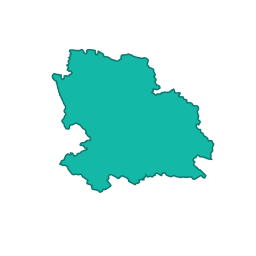 SVG path tracing the border of Gorno-Altay, rotated 206°
{"feature_id": "RUS-2400", "entity_name": "Gorno-Altay", "entity_type": "Republic", "adm_level": 1, "iso_a3": "RUS", "parent_name": "Russia", "parent_adm1": "", "projection": "equal_earth", "projection_center": [87.215, 50.869], "detail": "fine", "context": "isolated", "style": "filled", "palette": "teal", "viewbox_px": 256, "rotation_deg": 206, "n_neighbors": 0, "source": "natural_earth", "source_scale": "10m", "svg_char_len": 5852}
<svg xmlns="http://www.w3.org/2000/svg" viewBox="0 0 256 256"><g transform="rotate(206 128 128)"><path d="M155.3,194.8L152.1,195.1L146.1,196.7L145.5,196.6L145.3,196.7L144.9,197.6L144.6,198.0L143.4,198.5L142.2,198.6L139.8,198.1L139.3,196.9L138.7,194.1L138.2,193.2L135.6,191.9L134.7,191.8L132.0,192.0L131.2,191.9L130.4,191.5L130.2,191.1L130.0,190.2L126.9,187.9L126.7,187.4L127.0,186.6L127.5,186.2L127.5,185.8L124.3,184.1L123.8,183.4L123.8,182.5L124.1,181.1L121.3,179.4L120.6,179.3L118.5,179.5L117.7,179.1L117.1,178.5L116.9,177.9L117.0,177.4L117.5,176.6L118.6,175.3L119.3,174.9L121.4,174.6L122.6,173.6L121.5,172.5L121.5,172.1L122.1,170.7L122.1,170.3L121.8,170.1L119.8,170.3L118.5,169.7L117.5,169.6L117.0,170.2L116.7,171.1L116.1,171.7L115.4,171.7L114.6,172.4L113.2,173.1L113.5,174.0L113.2,174.6L112.7,174.8L110.6,176.4L108.7,177.0L106.9,178.1L105.0,181.6L103.9,182.9L102.6,181.7L101.8,180.6L100.5,180.4L99.2,180.8L97.7,182.1L97.1,182.3L96.6,182.2L96.2,181.7L96.5,179.0L94.6,178.9L92.3,180.0L91.9,179.8L91.0,178.8L90.4,178.5L89.7,178.5L88.1,179.0L87.6,178.8L87.1,178.3L86.7,177.2L86.3,176.8L85.7,176.7L83.7,177.9L81.9,178.1L81.1,177.9L79.8,177.1L79.1,176.8L77.7,177.1L76.5,177.8L75.3,178.2L74.0,177.6L73.1,176.4L72.9,173.2L72.2,172.1L70.2,170.2L69.7,169.5L69.4,167.5L68.9,166.5L68.2,166.1L66.4,165.7L65.8,165.2L65.7,164.2L65.8,161.9L67.5,161.6L68.0,161.3L68.1,160.7L66.5,158.5L64.5,157.7L63.8,157.7L62.3,158.3L61.9,158.1L61.1,156.6L60.8,156.2L60.3,156.0L58.6,156.1L57.7,155.5L56.2,154.2L53.9,154.1L52.9,153.9L51.9,153.4L51.0,152.5L50.0,151.8L47.7,153.1L46.5,153.0L45.7,151.9L44.0,151.2L43.7,150.5L43.8,147.8L43.1,146.5L42.3,145.4L41.9,144.1L42.6,142.0L42.5,141.3L42.3,140.6L41.2,139.6L40.7,137.7L39.7,136.6L39.3,136.4L39.9,136.1L42.3,135.4L47.8,134.9L50.8,133.7L52.1,134.2L53.4,134.2L54.0,133.4L54.1,131.6L54.2,131.2L55.4,129.7L55.6,129.0L55.6,128.2L55.3,127.6L55.0,127.3L53.2,126.9L53.1,126.5L53.3,125.3L53.3,124.6L53.0,124.0L52.5,123.6L51.4,123.1L47.8,122.4L46.2,121.6L44.7,121.9L37.5,119.5L37.2,119.2L37.1,117.1L37.4,116.6L39.1,116.5L39.8,116.7L40.8,117.5L41.4,117.3L42.3,116.4L45.7,111.0L47.6,110.7L48.8,111.6L49.3,111.6L52.2,110.7L52.6,110.3L52.8,109.7L57.5,107.9L59.3,106.4L61.3,106.1L63.9,105.4L65.7,105.5L66.1,105.2L67.8,103.3L68.3,102.9L70.6,102.6L72.8,102.6L73.8,103.0L74.5,103.6L75.2,103.7L77.1,102.5L77.3,102.2L77.5,101.3L76.9,100.5L77.2,99.9L77.8,99.8L81.3,100.2L82.7,99.8L83.4,98.7L83.0,97.8L83.0,97.4L84.0,96.5L84.7,94.7L86.8,94.3L87.9,93.5L88.9,92.6L89.3,92.7L90.2,93.3L91.2,93.6L90.9,93.1L91.0,91.7L91.7,90.6L91.5,90.1L92.3,89.4L92.5,89.0L91.1,88.5L91.6,88.0L93.1,87.5L95.3,86.2L94.0,84.2L94.1,83.8L94.6,83.1L96.3,81.7L96.6,81.1L96.7,80.3L97.3,80.2L103.7,80.4L104.2,80.5L104.3,81.3L104.6,81.6L105.9,82.3L107.2,82.6L110.4,82.7L112.2,82.4L113.0,81.9L113.4,80.5L114.2,79.7L114.0,78.9L114.4,78.5L115.8,78.4L118.8,78.8L120.9,78.7L122.3,78.9L122.9,78.7L124.1,77.5L124.3,77.0L124.3,75.5L123.4,74.7L123.1,74.1L123.2,73.6L124.0,72.5L124.0,72.0L119.9,69.8L118.7,69.3L118.1,68.7L118.1,68.2L121.0,63.3L121.6,62.6L122.9,62.2L123.5,61.7L123.6,61.2L123.4,60.3L123.6,59.5L124.6,58.4L125.2,58.0L126.5,58.6L128.4,58.6L133.4,57.4L135.1,59.5L134.8,60.1L135.2,60.5L136.3,60.6L140.0,60.1L140.5,60.2L140.8,60.6L141.1,62.3L141.1,63.1L141.4,63.5L147.5,64.3L148.1,64.6L148.8,65.5L149.2,65.7L150.3,65.6L152.3,64.2L155.1,63.5L156.3,62.2L158.0,62.0L160.0,63.2L160.8,63.3L162.1,63.9L163.9,65.0L165.0,66.2L166.8,67.1L167.9,66.9L170.1,65.9L173.2,65.6L173.4,65.7L173.5,66.3L172.9,68.3L173.4,68.9L173.4,69.3L171.6,71.1L171.8,75.5L171.6,76.6L171.1,77.9L170.6,78.3L168.1,78.6L167.8,79.0L167.8,79.4L168.6,80.4L167.2,80.9L166.4,80.8L164.5,79.3L164.2,79.3L163.4,79.7L162.7,80.4L162.3,81.0L162.1,81.5L162.2,82.3L161.6,83.4L160.3,84.0L159.9,84.4L159.6,86.1L157.6,88.6L155.6,90.4L155.5,91.3L155.9,91.9L157.8,91.2L158.8,91.6L160.0,92.6L163.1,91.7L163.5,91.8L163.8,92.3L163.6,93.6L163.2,94.2L160.5,96.2L160.1,96.7L160.0,97.9L159.7,98.5L156.3,100.6L158.2,103.3L158.5,103.5L159.3,103.0L159.8,103.0L163.5,104.8L163.9,105.1L164.0,106.1L164.3,106.6L165.9,107.7L168.7,107.9L171.8,109.5L176.3,109.7L177.7,108.9L179.0,106.9L181.1,105.5L181.2,103.3L180.6,101.6L180.9,101.1L183.2,100.2L186.0,101.9L187.1,103.5L190.1,104.9L190.4,105.3L190.6,106.2L189.8,108.4L190.1,110.6L189.8,112.9L190.3,113.6L192.3,114.6L192.8,115.2L193.1,116.5L192.8,117.8L192.9,118.6L193.5,119.8L194.2,120.5L196.7,122.0L197.8,123.3L201.3,125.9L202.0,126.8L203.9,127.8L204.3,129.0L205.9,130.0L207.2,131.8L209.2,133.9L210.2,135.4L212.2,137.3L212.5,138.5L215.4,138.8L217.0,139.6L217.6,140.0L218.6,141.2L218.8,141.8L218.9,142.7L218.4,144.1L217.9,144.6L215.7,144.9L211.2,146.3L210.9,145.9L211.1,145.1L210.8,144.6L208.7,143.1L207.9,142.9L207.5,143.4L207.3,145.2L207.5,145.7L208.1,146.6L208.0,146.9L206.6,147.8L205.3,148.0L204.3,148.6L204.0,149.3L204.0,150.1L203.9,150.4L203.1,150.7L202.9,151.0L202.9,152.2L202.5,153.0L202.8,153.4L204.4,154.1L204.9,154.1L205.7,153.2L207.8,153.4L208.1,154.0L208.1,155.9L208.3,156.6L208.9,157.2L210.4,157.5L210.4,158.0L209.3,159.4L209.2,159.9L209.8,160.8L210.7,161.2L210.9,161.6L211.0,162.7L210.5,163.7L210.4,164.1L210.8,164.7L211.9,165.2L211.6,165.4L211.5,165.7L211.4,167.8L212.3,168.7L212.2,169.1L211.8,169.6L211.8,169.9L212.2,170.4L214.1,171.3L214.5,172.0L214.2,172.7L213.6,173.1L211.5,174.0L208.5,174.9L207.1,175.7L206.1,175.7L204.7,177.5L203.9,178.2L202.9,178.2L202.0,177.7L200.2,176.3L199.0,176.1L198.1,176.6L197.9,177.5L198.6,178.6L199.1,179.6L198.4,180.6L197.4,181.3L192.8,183.0L191.6,183.2L191.2,182.9L189.4,180.0L188.8,179.8L188.2,179.9L187.9,180.3L187.8,182.5L188.4,183.8L188.3,184.0L182.8,183.6L181.3,182.1L180.8,181.8L180.3,181.7L177.9,182.8L175.9,182.9L172.9,182.4L167.3,183.3L166.5,183.7L166.1,184.2L165.6,185.5L164.6,187.2L165.7,189.6L165.5,190.6L164.4,191.5L162.0,192.8L160.3,194.4L159.7,194.7L156.5,195.1L155.3,194.8Z" fill="#14b8a6" stroke="#0f766e" stroke-width="1.5"/></g></svg>